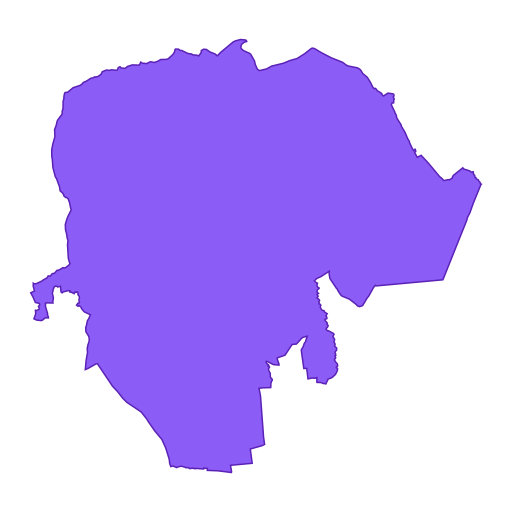 the district of Grajduri, Iasi, Romania
{"feature_id": "2599482B71746313181948", "entity_name": "Grajduri", "entity_type": "district", "adm_level": 2, "iso_a3": "ROU", "parent_name": "Romania", "parent_adm1": "Iasi", "projection": "orthographic", "projection_center": [27.558, 46.975], "detail": "fine", "context": "isolated", "style": "filled", "palette": "violet", "viewbox_px": 512, "rotation_deg": 0, "n_neighbors": 0, "source": "geoboundaries", "source_scale": "gbopen_adm2", "svg_char_len": 5847}
<svg xmlns="http://www.w3.org/2000/svg" viewBox="0 0 512 512"><path d="M346.3,65.1L342.6,62.3L331.5,57.9L320.9,52.4L314.4,48.5L312.4,48.1L311.4,48.4L304.5,53.8L297.1,58.5L289.7,60.6L283.5,63.2L271.6,66.1L266.6,68.9L259.5,70.6L257.7,69.5L257.0,68.4L255.3,64.5L254.5,61.0L250.8,54.4L249.7,53.4L243.5,50.6L241.4,48.8L240.9,47.8L241.1,45.5L241.8,44.2L244.3,42.2L246.7,41.5L246.4,40.6L245.6,40.0L240.5,39.5L235.3,40.9L233.1,42.0L220.6,52.4L217.4,55.8L214.9,53.9L210.1,52.0L206.3,49.4L203.6,49.2L201.3,50.5L201.5,51.1L200.8,53.1L198.7,55.9L197.0,55.2L192.4,54.8L191.7,54.0L188.0,53.5L181.8,50.5L179.8,50.3L178.7,49.2L175.6,49.0L175.1,49.4L174.6,51.7L173.2,54.2L168.3,58.7L166.2,59.4L160.7,59.5L158.1,61.1L154.2,62.5L150.5,61.7L146.5,63.6L142.0,63.1L140.8,62.1L139.5,64.8L138.8,65.1L132.3,64.9L127.3,66.5L126.2,67.7L124.6,68.3L121.1,68.0L120.1,66.8L119.6,66.9L118.3,67.6L117.4,69.8L116.6,70.3L111.5,69.8L109.3,70.4L106.6,70.0L102.3,71.7L101.0,74.4L97.6,76.7L94.3,77.0L93.0,77.9L90.9,78.2L86.6,81.0L83.1,82.6L82.0,84.1L80.0,85.4L73.1,87.7L67.7,92.2L65.2,92.5L64.7,93.0L64.4,94.0L63.9,96.7L63.9,98.5L63.1,101.3L63.0,108.7L62.1,111.4L62.2,114.0L57.7,120.0L57.1,121.3L56.2,125.4L54.6,129.5L54.9,136.7L52.9,143.7L51.7,149.8L51.8,156.7L52.3,159.3L52.9,167.5L55.3,176.7L56.5,178.6L59.5,186.8L60.1,190.8L62.6,193.0L63.8,195.1L63.8,195.8L64.3,196.3L65.8,197.6L66.8,197.5L68.1,198.8L69.5,202.5L70.7,208.3L71.3,209.7L68.0,216.2L66.7,219.6L65.3,224.5L65.5,229.7L66.6,233.9L67.2,238.2L68.0,240.6L67.5,244.7L68.3,258.1L69.3,262.0L70.0,263.6L68.8,265.2L65.3,267.8L64.1,268.0L63.1,267.6L58.5,270.3L57.0,270.3L54.5,273.3L52.3,273.6L50.2,276.1L48.2,275.9L47.0,277.9L43.1,280.0L42.1,280.9L36.4,283.6L34.0,283.8L33.3,283.2L33.2,286.2L34.5,291.0L30.7,292.8L32.9,296.8L35.4,302.5L39.2,303.4L39.7,304.4L39.6,305.1L38.4,306.4L39.3,308.4L39.2,309.1L37.1,310.4L35.4,310.3L35.7,313.9L33.9,318.8L36.7,320.1L41.2,320.6L42.4,320.2L45.3,317.8L48.4,317.9L48.4,316.9L47.5,314.9L47.6,313.6L45.5,306.5L45.5,303.2L46.4,302.9L53.0,303.0L52.8,302.1L53.4,297.8L52.3,292.9L53.0,291.2L53.0,289.9L54.3,286.8L55.7,286.1L56.8,286.2L57.6,287.0L60.5,286.3L60.9,291.1L61.3,292.4L61.9,292.7L62.3,292.8L62.9,292.0L68.3,290.6L69.9,290.8L69.7,291.9L70.1,292.2L71.1,292.1L74.1,293.7L75.0,292.0L76.1,292.4L76.5,291.9L77.6,292.0L78.1,293.5L77.9,294.6L79.0,296.0L79.5,297.6L79.0,299.2L79.0,301.0L79.4,302.6L79.0,303.1L77.9,303.2L76.5,305.1L78.0,306.3L78.8,305.5L80.9,307.0L81.6,308.7L84.2,311.8L90.4,314.8L88.6,318.9L87.4,320.7L86.5,325.2L85.7,327.6L85.9,331.8L88.5,335.9L89.1,337.8L89.2,339.6L89.1,341.5L87.9,344.9L87.2,348.5L87.5,352.5L86.1,360.5L85.3,369.6L87.9,368.5L96.0,363.9L97.4,363.7L112.5,386.2L117.3,391.3L122.7,398.2L126.8,402.3L141.1,411.9L146.9,419.2L148.4,421.8L154.9,431.1L161.9,439.5L165.7,447.9L169.2,459.2L169.7,463.6L170.8,466.6L172.9,466.0L176.8,467.6L177.9,466.9L181.3,466.2L184.8,467.1L185.6,467.7L188.2,467.6L189.6,468.6L192.8,468.2L195.1,468.8L195.5,468.4L203.6,469.0L203.8,468.1L207.4,468.5L207.3,470.4L217.8,470.8L231.4,472.5L231.6,471.8L230.5,465.3L252.2,463.3L250.3,449.0L261.7,445.8L264.6,444.4L263.6,437.4L260.5,395.9L259.0,388.3L263.0,387.8L270.7,387.6L270.8,387.2L270.9,383.5L271.4,381.6L272.2,380.5L272.2,379.2L270.7,377.6L270.3,376.5L270.3,373.3L269.3,371.8L268.4,369.1L269.5,367.2L269.4,366.6L269.1,366.2L268.1,366.2L268.0,365.9L268.6,365.6L268.5,364.8L267.8,364.5L266.5,363.1L266.1,362.3L266.2,361.4L266.9,361.3L273.4,364.6L279.0,365.1L279.0,364.0L277.2,359.0L277.2,357.9L285.0,355.2L292.1,344.5L296.5,344.0L301.6,338.3L303.0,337.3L307.2,336.2L305.4,341.9L304.3,343.3L303.0,347.0L301.5,349.3L301.3,350.6L303.8,368.5L306.7,368.4L308.0,378.9L312.1,378.0L314.7,378.3L316.8,377.6L316.9,382.4L321.3,382.6L323.0,383.5L324.4,383.5L325.8,384.0L328.2,379.0L330.8,378.2L332.6,377.1L335.5,374.4L337.3,370.8L337.6,368.7L336.3,367.2L337.5,366.3L337.6,365.0L337.3,363.9L335.8,362.2L334.4,359.8L335.7,357.9L335.0,356.1L335.8,355.4L335.5,354.6L335.7,354.0L335.0,352.8L335.3,351.7L336.7,350.0L336.6,347.9L334.9,346.5L334.7,346.0L335.1,344.6L335.0,343.9L334.6,342.9L333.8,342.2L334.6,339.9L334.5,339.1L332.9,336.6L334.0,334.2L333.4,333.4L328.8,330.9L327.7,330.8L326.4,329.7L326.2,328.3L327.3,327.5L328.2,325.7L326.9,323.9L327.3,323.0L325.1,320.5L324.9,319.4L326.9,318.6L326.8,317.2L325.9,315.8L327.2,313.7L324.6,312.0L324.0,310.6L322.4,310.3L321.6,309.8L320.2,307.0L320.8,305.2L320.4,304.4L318.9,303.8L319.2,302.8L318.8,301.8L319.6,300.7L319.3,299.8L317.0,297.8L318.2,296.2L317.0,294.3L318.5,293.3L317.2,292.3L317.0,291.4L317.4,289.9L319.1,288.4L319.0,287.8L317.8,287.3L317.2,286.3L317.0,284.9L317.5,283.2L315.6,282.2L314.4,280.8L316.9,278.4L321.0,276.6L329.3,271.2L329.1,273.9L329.9,278.5L336.7,288.7L337.3,289.0L337.8,290.5L340.6,294.8L342.0,296.1L349.3,299.1L356.3,304.5L357.5,305.9L359.6,306.7L362.6,305.6L367.3,297.8L368.7,296.2L373.5,287.5L375.3,285.3L376.1,285.9L377.4,285.8L442.9,279.8L467.0,219.7L467.2,218.0L469.9,212.8L473.3,203.2L480.9,184.6L481.3,184.2L480.6,183.9L479.9,182.1L479.0,181.5L478.4,179.9L476.4,179.0L475.9,177.6L474.9,177.3L474.8,175.6L473.5,174.0L473.5,173.1L472.9,172.5L473.3,171.9L473.1,171.7L471.4,172.2L469.5,170.8L463.7,169.0L462.8,167.8L453.6,175.2L452.7,176.3L452.1,178.2L449.4,179.8L448.4,179.6L443.8,180.6L441.8,178.3L439.6,176.6L428.8,163.6L421.1,155.3L417.2,157.3L414.8,152.7L414.7,151.9L415.7,151.6L415.7,150.6L415.0,149.2L413.5,150.4L412.3,148.5L409.5,142.5L409.3,141.2L407.9,139.1L405.0,132.3L401.4,126.3L401.1,124.8L397.1,118.5L396.5,117.0L396.5,116.1L395.9,114.3L395.0,113.1L395.0,112.4L391.3,104.7L392.1,103.0L393.6,102.9L393.8,99.7L394.3,99.1L393.2,97.0L394.0,95.9L393.8,94.4L392.9,93.8L387.9,93.1L383.6,95.9L383.2,95.8L381.7,94.2L381.9,93.9L381.0,92.9L377.4,90.8L375.6,88.4L374.3,88.6L373.0,87.5L370.2,81.9L367.2,77.2L362.7,73.5L361.1,70.7L359.6,69.0L357.3,67.8L348.3,66.0L346.3,65.1Z" fill="#8b5cf6" stroke="#5b21b6" stroke-width="1.5"/></svg>